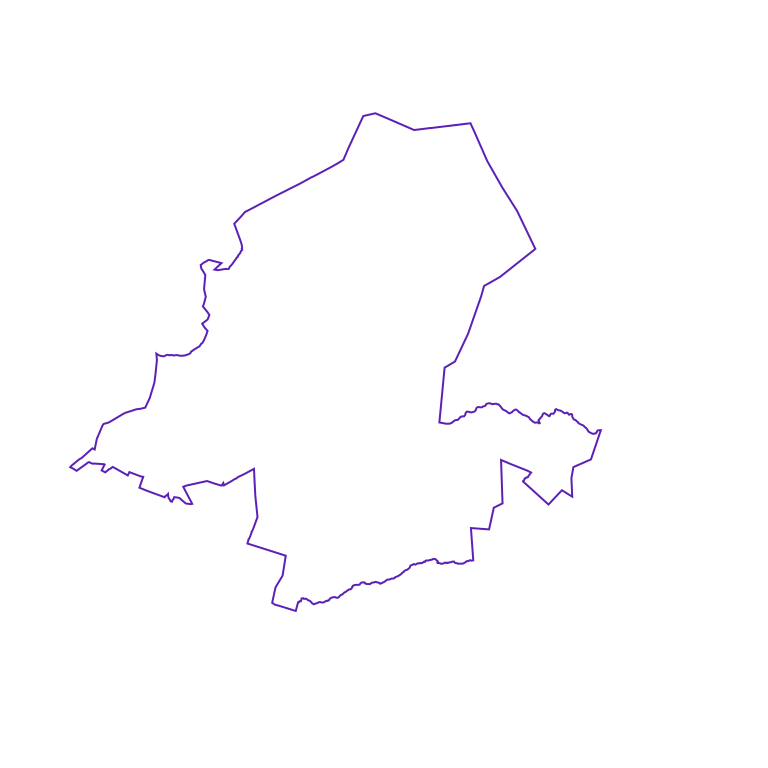 Laikipia East, Rift Valley, Kenya (Albers equal-area conic projection), rotated 38°
{"feature_id": "3690345B37822361502294", "entity_name": "Laikipia East", "entity_type": "district", "adm_level": 2, "iso_a3": "KEN", "parent_name": "Kenya", "parent_adm1": "Rift Valley", "projection": "albers", "projection_center": [36.521, 0.35], "detail": "fine", "context": "isolated", "style": "outline", "palette": "violet", "viewbox_px": 768, "rotation_deg": 38, "n_neighbors": 0, "source": "geoboundaries", "source_scale": "gbopen_adm2", "svg_char_len": 6165}
<svg xmlns="http://www.w3.org/2000/svg" viewBox="0 0 768 768"><g transform="rotate(38 384 384)"><path d="M185.9,500.2L190.3,504.9L196.8,515.2L202.2,524.2L208.0,539.1L210.4,549.6L207.6,553.2L204.5,556.3L197.9,566.0L196.7,568.6L191.1,583.1L190.6,584.1L187.7,588.0L187.6,588.9L187.9,590.6L191.5,604.1L196.3,613.7L193.8,614.2L191.2,628.8L190.6,629.9L190.0,631.9L188.1,640.4L187.9,642.7L191.5,642.0L195.2,641.7L198.8,629.3L198.8,628.7L199.7,627.1L201.9,626.7L203.6,626.1L205.2,624.7L212.9,619.5L213.4,619.4L214.7,625.9L218.7,625.3L219.8,620.5L220.7,618.7L221.2,616.4L225.9,615.6L238.4,613.8L237.6,610.2L249.4,606.5L251.4,605.4L254.3,614.1L254.8,615.2L255.1,616.3L263.2,614.0L280.9,608.3L280.7,607.2L281.4,605.1L281.5,603.6L283.6,605.8L284.3,606.3L287.2,607.3L287.9,607.8L289.4,607.3L288.9,605.7L288.8,605.0L289.0,604.3L288.4,602.3L290.5,601.0L292.9,599.8L301.3,600.2L305.5,597.8L306.6,596.5L289.1,588.6L290.9,585.6L304.3,569.4L311.8,566.8L318.6,564.1L318.3,561.0L320.3,562.4L324.3,552.7L324.6,551.4L325.9,549.1L326.1,547.5L329.4,540.9L333.8,530.9L341.5,539.9L351.6,551.5L366.2,566.7L369.6,577.1L370.7,581.1L370.6,581.8L371.3,583.0L372.5,587.0L373.0,589.2L372.8,589.8L373.2,590.4L374.6,593.8L412.3,579.8L422.1,597.5L423.7,611.0L430.6,625.3L434.2,625.0L437.0,623.7L454.2,617.2L450.7,608.9L451.2,608.6L451.5,607.9L451.2,607.2L452.2,606.3L451.9,605.2L451.1,603.8L451.4,603.3L452.5,602.5L453.2,602.6L454.8,601.2L455.4,601.0L457.3,601.2L458.1,600.8L459.3,600.5L461.0,600.7L461.7,601.0L464.1,600.9L465.1,599.5L465.5,598.7L466.1,598.1L466.3,597.4L467.5,595.5L468.6,594.8L470.0,594.3L470.5,593.7L471.2,592.7L471.7,591.1L472.4,590.1L473.0,589.7L473.1,589.0L473.6,588.7L473.8,588.0L473.5,586.9L474.0,584.8L474.6,584.4L475.5,582.9L476.0,582.5L476.5,582.1L477.6,581.9L478.8,581.3L479.7,579.9L479.6,579.2L479.7,577.9L480.0,576.5L480.5,576.1L480.7,575.5L481.1,572.7L481.9,571.1L482.1,569.7L482.7,568.6L482.8,567.6L484.2,566.1L484.3,564.8L483.8,563.4L484.0,562.9L483.7,562.1L484.8,560.3L488.0,557.5L488.3,556.9L488.2,555.3L488.6,554.2L490.5,552.5L491.3,552.4L491.8,552.8L493.8,552.1L496.3,550.1L496.3,549.3L496.9,547.8L497.9,547.0L499.2,545.1L501.3,544.3L502.0,543.8L502.7,543.6L503.6,543.8L504.2,543.5L506.2,539.4L506.8,536.6L508.2,535.0L508.8,534.6L509.9,532.4L510.6,532.0L511.7,530.9L511.7,529.6L513.4,526.5L514.5,523.4L514.7,521.2L515.1,520.7L515.2,518.5L515.7,517.4L516.5,516.3L516.8,515.5L517.3,513.4L517.2,512.5L516.7,511.2L516.7,510.6L517.6,509.3L518.4,507.5L519.9,507.1L521.1,504.4L522.1,503.7L523.0,502.4L523.6,502.4L524.1,501.9L524.7,500.4L524.7,499.8L525.8,498.9L525.5,498.1L525.7,497.3L527.6,495.8L528.3,494.7L528.8,494.3L529.2,493.6L529.9,493.0L530.1,492.1L530.6,491.8L531.3,490.8L532.7,490.3L533.3,490.4L533.8,490.6L535.2,490.5L535.8,490.9L535.9,491.8L536.4,492.1L538.1,490.9L539.0,490.8L539.9,490.3L541.2,489.1L541.8,487.4L543.3,486.6L543.5,486.1L544.1,486.1L544.6,485.7L544.7,485.0L546.1,483.7L547.4,481.7L547.9,481.2L548.5,480.8L549.9,481.2L550.6,481.1L551.7,480.3L552.9,480.1L555.0,478.4L556.8,476.9L557.9,474.4L558.3,472.6L559.4,471.7L560.2,470.0L560.7,469.6L561.6,469.5L562.9,468.0L541.2,444.0L556.3,433.9L546.7,413.9L550.9,405.1L523.0,371.8L533.4,369.0L549.7,364.2L554.4,363.2L554.5,366.2L554.4,367.0L554.5,367.7L554.8,368.3L554.5,369.4L553.7,369.9L553.5,371.3L553.0,372.0L553.5,372.8L553.6,373.7L553.3,374.6L553.5,375.2L587.8,377.7L589.6,358.2L601.7,356.9L589.7,342.9L584.4,332.9L593.5,316.0L583.3,286.9L581.9,288.0L580.9,289.4L581.0,290.4L581.4,291.2L581.3,292.6L580.6,293.0L580.0,294.1L579.2,294.7L576.7,295.3L574.8,295.6L574.0,295.5L572.5,294.8L569.8,294.2L568.5,294.3L567.4,294.0L566.6,294.0L564.0,294.7L561.5,295.1L560.9,295.0L560.4,294.6L558.8,294.8L558.0,294.5L557.3,294.5L555.5,295.0L554.7,294.9L552.3,293.7L551.3,292.5L550.7,292.2L549.9,292.4L549.5,292.8L548.9,294.2L548.3,294.3L546.5,293.7L545.7,294.0L544.9,295.5L544.2,295.9L539.7,296.2L537.1,297.5L535.1,297.8L534.8,298.6L534.9,299.4L535.7,300.2L535.9,303.0L534.0,304.5L533.9,306.1L534.2,306.8L534.1,307.6L533.3,307.8L531.9,307.8L528.7,308.1L528.1,308.5L527.8,309.2L527.7,309.8L528.3,311.9L528.2,316.3L527.9,316.9L528.4,317.7L530.2,318.6L530.8,319.1L530.4,319.6L528.8,319.7L528.2,320.1L526.8,321.6L524.0,321.9L520.4,321.7L518.7,321.0L515.7,321.5L511.9,322.9L509.3,322.8L508.4,322.9L507.7,323.2L507.1,322.8L504.1,322.7L503.4,323.2L503.0,323.7L502.3,325.8L502.1,327.7L501.3,329.1L501.2,329.7L500.6,330.1L498.7,330.2L496.7,330.1L494.4,330.7L493.0,330.8L492.2,330.8L490.8,330.2L488.6,329.8L487.4,329.6L486.5,329.7L485.8,330.2L484.6,330.4L482.3,332.6L482.1,333.1L479.6,333.9L479.0,334.2L477.6,335.7L476.9,336.9L477.3,338.5L476.9,339.4L475.8,340.9L475.6,341.9L474.4,343.0L472.9,343.8L472.0,344.7L471.7,345.4L471.7,346.2L472.5,348.5L472.1,350.3L470.4,352.5L469.0,353.4L467.9,353.7L466.4,354.6L466.2,355.4L466.2,356.3L466.3,357.0L467.0,358.1L467.0,360.2L465.2,361.7L464.6,362.9L464.3,366.8L462.6,368.5L462.1,369.2L461.5,372.2L461.1,373.2L460.2,374.8L457.5,377.0L451.3,380.2L421.7,333.8L426.1,322.6L419.3,292.6L406.6,255.2L402.5,245.1L409.5,228.2L420.1,184.4L382.4,165.7L355.9,156.2L328.2,144.8L298.8,129.0L291.6,125.3L263.5,153.3L261.7,154.9L260.3,156.4L251.4,165.3L222.1,172.9L210.5,176.0L202.7,185.6L210.7,219.9L214.0,232.3L211.6,238.8L208.7,245.8L200.1,265.0L199.5,265.8L198.4,268.6L194.3,278.1L183.0,302.0L169.8,331.4L169.2,332.8L168.6,333.5L168.3,339.3L167.3,349.9L182.4,359.3L186.2,361.9L188.5,364.2L188.6,365.0L189.7,365.6L189.5,367.5L190.0,369.1L190.0,372.5L190.1,373.3L190.5,373.7L190.2,375.0L190.6,383.4L190.3,386.9L190.8,388.9L189.9,389.8L188.2,390.9L183.2,396.4L182.7,396.8L180.0,398.2L181.5,388.8L169.7,393.9L168.9,395.2L168.3,397.1L167.4,398.8L166.3,403.1L168.6,405.2L169.7,405.8L170.9,406.1L176.1,408.1L183.5,419.6L185.1,421.2L189.9,425.0L192.6,431.4L193.6,434.4L200.9,436.1L203.9,437.1L205.3,441.8L203.6,448.4L207.7,449.9L212.3,450.8L213.7,454.8L215.3,460.9L215.6,463.3L215.2,464.9L215.4,468.0L213.5,472.7L212.4,476.2L212.1,477.3L212.4,478.7L212.1,480.1L209.7,483.9L206.6,486.9L203.0,488.7L200.6,491.1L198.9,491.8L198.1,492.4L197.4,493.5L195.8,494.0L195.2,494.5L194.7,495.1L193.9,497.2L192.8,498.2L191.2,499.1L188.8,500.0L185.9,500.2Z" fill="none" stroke="#5b21b6" stroke-width="2"/></g></svg>